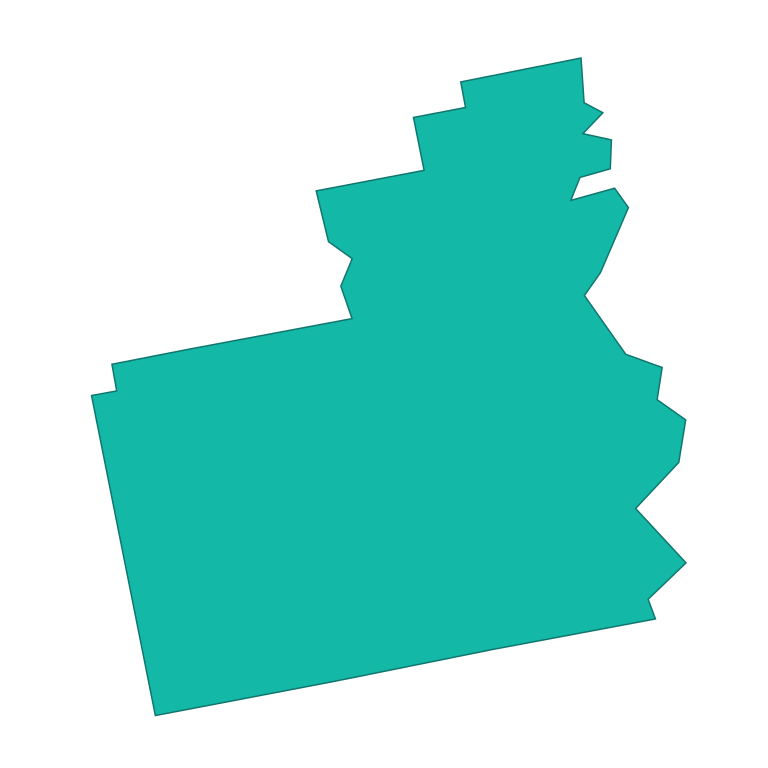 the district of Pike, Indiana, United States of America, rotated 79°
{"feature_id": "52423323B70225579188436", "entity_name": "Pike", "entity_type": "district", "adm_level": 2, "iso_a3": "USA", "parent_name": "United States of America", "parent_adm1": "Indiana", "projection": "natural_earth1", "projection_center": [-87.305, 38.392], "detail": "fine", "context": "isolated", "style": "filled", "palette": "teal", "viewbox_px": 768, "rotation_deg": 79, "n_neighbors": 0, "source": "geoboundaries", "source_scale": "gbopen_adm2", "svg_char_len": 625}
<svg xmlns="http://www.w3.org/2000/svg" viewBox="0 0 768 768"><g transform="rotate(79 384 384)"><path d="M101.6,128.4L102.1,251.0L128.1,251.2L128.0,304.2L181.9,303.9L181.5,413.7L233.7,411.3L254.9,391.3L279.7,407.7L313.7,402.9L312.6,568.4L312.7,647.3L339.8,647.7L339.5,673.3L665.8,671.7L666.4,487.4L665.3,329.1L666.4,162.4L645.7,165.8L617.2,121.7L554.2,160.8L517.2,109.6L476.8,94.7L451.5,118.9L420.9,107.8L401.0,141.0L335.4,170.4L316.0,150.3L257.5,110.4L235.8,120.3L239.4,165.6L218.6,152.2L215.9,120.8L187.8,114.2L176.2,141.0L159.5,117.4L146.1,133.9L101.6,128.4Z" fill="#14b8a6" stroke="#0f766e" stroke-width="1.5"/></g></svg>